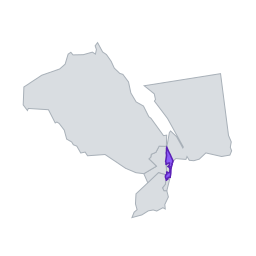 Israel and the surrounding countries, rotated 171°
{"feature_id": "ISR", "entity_name": "Israel", "entity_type": "country or territory", "adm_level": 0, "iso_a3": "ISR", "parent_name": "Asia", "parent_adm1": "", "projection": "equal_earth", "projection_center": [35.212, 31.447], "detail": "fine", "context": "with_neighbors", "style": "filled", "palette": "violet", "viewbox_px": 256, "rotation_deg": 171, "n_neighbors": 6, "source": "natural_earth", "source_scale": "50m", "svg_char_len": 2988}
<svg xmlns="http://www.w3.org/2000/svg" viewBox="0 0 256 256"><g transform="rotate(171 128 128)"><path d="M98.4,71.1L94.1,72.7L99.5,59.9L102.3,60.3L103.3,63.5L99.9,66.6L98.4,71.1Z" fill="#d9dde1" stroke="#a8b0b8" stroke-width="1"/><path d="M95.8,86.0L92.8,87.1L93.1,84.9L94.7,83.8L93.1,82.8L94.4,77.3L96.7,78.4L95.8,86.0Z" fill="#d9dde1" stroke="#a8b0b8" stroke-width="1"/><path d="M96.7,78.4L97.8,75.8L104.8,79.1L116.9,70.3L119.5,80.4L105.9,85.8L112.2,94.2L110.1,95.6L109.1,98.4L104.3,99.6L100.1,105.2L93.0,103.9L92.8,102.7L95.9,89.2L96.7,78.4Z" fill="#d9dde1" stroke="#a8b0b8" stroke-width="1"/><path d="M97.8,75.8L99.9,66.6L103.3,63.5L102.3,60.3L99.5,59.9L98.9,53.6L103.6,46.7L103.9,42.2L106.0,43.8L112.6,41.5L115.9,43.1L120.9,43.0L127.9,40.0L138.1,38.9L135.1,43.9L131.8,45.9L132.5,51.9L130.4,61.7L104.8,79.1L97.8,75.8Z" fill="#d9dde1" stroke="#a8b0b8" stroke-width="1"/><path d="M93.0,103.9L100.1,105.2L104.3,99.6L109.1,98.4L110.1,95.6L112.2,94.2L105.9,85.8L119.5,80.4L127.1,82.6L136.6,88.5L154.8,105.4L172.3,106.9L174.1,110.9L178.6,110.7L181.4,118.1L184.6,120.0L185.8,123.0L190.3,126.6L191.3,135.9L195.3,143.3L197.3,145.0L199.1,144.4L203.7,158.5L223.4,162.9L224.6,161.0L227.9,167.2L224.4,184.8L205.0,193.6L186.2,197.0L180.1,200.9L175.6,210.3L172.6,211.7L170.9,208.8L160.7,207.4L151.3,208.5L148.6,206.1L146.9,210.5L147.6,214.3L144.7,217.1L141.2,207.1L137.8,203.9L134.2,196.5L132.2,189.3L127.6,183.2L124.7,181.8L120.3,173.4L119.7,162.1L115.9,152.5L109.3,147.3L105.7,135.9L103.8,134.0L94.1,114.9L90.9,114.9L93.0,103.9Z" fill="#d9dde1" stroke="#a8b0b8" stroke-width="1"/><path d="M105.4,167.2L28.1,167.2L29.9,104.9L28.2,98.1L30.0,92.9L29.2,89.3L31.6,85.3L40.0,85.2L55.0,91.2L62.5,86.1L68.1,85.4L72.5,86.5L74.2,90.6L75.7,87.9L85.6,90.3L88.7,88.2L92.8,102.7L87.9,116.9L86.4,118.4L81.4,111.9L77.0,99.7L76.3,100.5L87.5,131.3L97.7,150.4L96.4,151.9L96.7,157.6L105.4,167.2Z" fill="#d9dde1" stroke="#a8b0b8" stroke-width="1"/><path d="M98.5,70.0L98.4,70.4L98.2,70.7L98.2,71.0L98.3,71.3L98.3,71.7L98.4,71.8L98.5,72.1L98.4,72.3L98.4,72.5L98.6,72.7L98.7,73.5L98.8,73.9L98.5,74.4L98.5,74.9L98.2,75.6L97.9,75.7L97.1,76.1L96.9,76.4L96.9,76.6L96.7,78.4L96.3,78.4L95.8,78.0L95.7,77.6L95.2,77.5L94.5,77.3L93.7,77.9L93.4,78.9L93.3,79.4L93.0,80.4L93.1,81.0L93.2,81.8L93.2,82.4L93.2,82.8L93.0,83.0L93.6,83.1L94.1,83.2L94.5,83.6L94.6,83.8L94.3,83.9L93.5,84.4L93.0,85.0L92.8,85.6L92.5,86.8L92.5,87.0L93.9,87.0L95.0,86.5L95.9,86.0L96.1,86.1L95.9,87.3L96.0,87.4L95.8,88.1L95.9,88.3L96.1,89.0L95.7,90.2L95.3,91.2L95.2,91.7L94.8,92.8L94.4,94.1L94.2,94.9L94.2,95.2L94.1,96.8L94.2,97.3L93.7,98.7L93.6,99.3L93.4,100.3L93.1,102.2L92.7,102.9L92.5,102.2L92.0,100.1L91.6,98.6L91.1,96.9L90.3,94.7L90.2,94.2L90.1,93.5L89.5,91.5L89.1,90.1L88.6,88.3L89.2,87.6L89.2,87.0L90.3,85.7L90.0,85.2L91.3,82.6L92.1,80.1L92.8,76.6L93.3,74.9L93.8,73.7L94.0,72.7L94.7,72.7L95.2,72.8L95.9,72.8L96.4,72.4L96.6,71.3L96.9,71.2L97.1,71.4L97.2,71.1L97.9,70.7L98.2,70.4L98.5,70.0Z" fill="#8b5cf6" stroke="#5b21b6" stroke-width="1.5"/></g></svg>